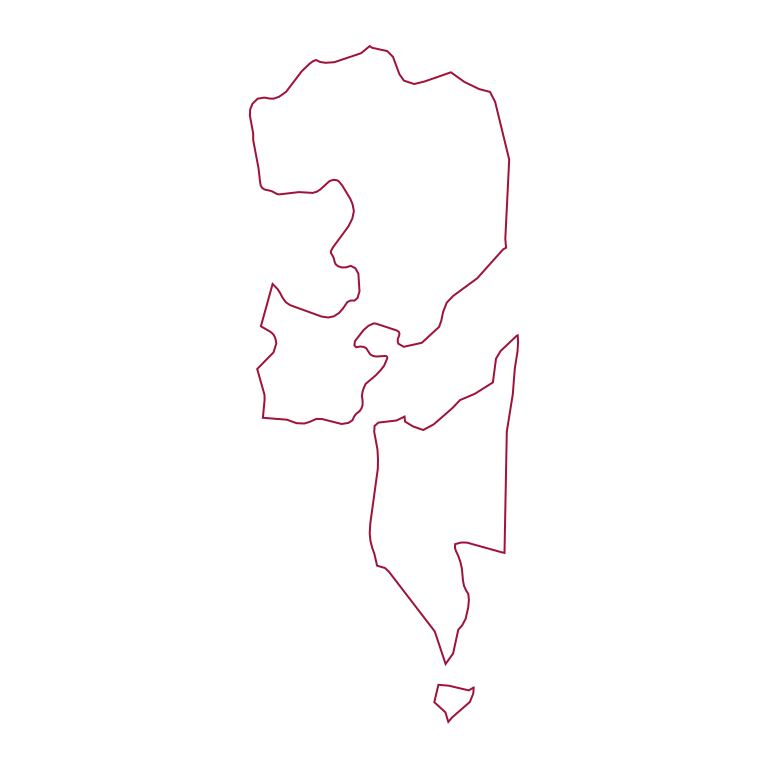 SVG path tracing the border of Fujayrah
{"feature_id": "ARE-341", "entity_name": "Fujayrah", "entity_type": "Emirate", "adm_level": 1, "iso_a3": "ARE", "parent_name": "United Arab Emirates", "parent_adm1": "", "projection": "equal_earth", "projection_center": [56.162, 25.265], "detail": "fine", "context": "isolated", "style": "outline", "palette": "rose", "viewbox_px": 768, "rotation_deg": 0, "n_neighbors": 0, "source": "natural_earth", "source_scale": "10m", "svg_char_len": 2899}
<svg xmlns="http://www.w3.org/2000/svg" viewBox="0 0 768 768"><path d="M439.1,326.9L421.8,342.8L403.8,346.8L398.4,343.7L397.7,341.6L397.8,338.9L398.9,336.2L399.5,333.8L398.8,331.9L396.8,330.5L376.2,323.7L373.6,323.4L368.6,325.7L363.5,330.1L354.9,341.3L354.4,345.4L356.1,347.2L360.5,346.5L363.7,346.9L366.2,348.2L369.5,353.3L370.7,354.7L372.7,355.8L374.7,356.3L377.1,356.5L385.8,355.9L386.5,356.3L387.0,356.8L387.3,357.6L387.1,358.7L384.1,365.7L380.6,370.2L375.9,375.2L365.6,383.9L362.9,390.2L361.9,395.8L362.6,400.6L362.6,405.0L361.4,408.6L359.5,411.2L355.9,414.1L354.2,416.5L352.4,420.3L348.4,422.9L341.6,424.0L322.4,419.1L316.3,418.9L310.1,421.7L304.5,423.5L296.6,423.2L286.9,419.7L262.9,417.8L264.6,399.7L264.5,394.8L257.2,369.0L273.5,352.4L276.3,343.5L275.8,340.2L274.9,337.2L273.6,334.8L271.9,333.0L269.9,331.5L260.9,326.3L272.6,284.0L277.5,289.0L280.0,292.8L282.6,297.8L285.8,302.2L290.0,305.1L321.4,316.5L328.2,317.5L333.9,316.3L339.0,313.0L342.9,308.6L347.4,302.0L350.8,300.5L354.5,300.6L357.5,298.0L359.5,291.4L358.4,273.8L355.4,268.2L350.8,265.9L345.7,267.4L341.4,267.4L338.0,266.2L335.6,264.2L334.6,261.7L334.0,259.0L333.3,257.1L332.4,255.4L331.7,254.3L330.7,252.5L331.2,250.6L333.0,247.3L348.5,226.3L352.3,218.6L353.9,211.1L352.5,204.1L350.4,199.0L342.1,185.3L339.2,181.8L339.0,181.5L338.8,181.3L338.2,180.9L336.3,180.1L333.4,179.9L330.8,180.6L329.5,181.2L328.9,181.6L320.3,189.5L316.8,191.7L312.7,192.9L298.9,192.1L279.3,194.4L277.0,194.0L272.6,191.6L270.8,190.9L264.6,189.5L262.1,187.9L260.7,185.5L260.1,182.1L258.5,168.1L253.2,140.2L253.2,133.5L249.9,115.8L250.2,109.4L252.5,103.7L257.6,98.7L264.3,97.6L269.4,98.5L273.4,98.7L279.0,96.8L286.1,91.8L301.7,71.3L309.5,63.8L313.0,61.2L316.0,60.0L319.9,61.9L325.4,62.8L334.3,62.2L361.1,53.2L369.7,46.1L372.2,47.8L387.3,51.1L393.0,56.9L399.4,74.2L403.9,80.6L414.0,84.0L424.2,81.6L450.9,72.3L464.5,82.0L479.2,89.1L490.0,91.9L495.1,101.8L509.2,159.6L505.3,239.0L506.1,247.7L503.1,249.4L477.2,278.3L453.3,295.8L446.7,302.7L443.1,312.0L441.3,320.6L439.1,326.9ZM423.2,430.0L433.7,424.4L452.7,407.8L460.0,400.1L475.0,393.7L492.9,382.4L496.0,358.7L500.6,351.0L516.9,335.6L517.7,335.3L518.1,342.0L517.5,351.7L514.8,368.5L512.8,394.2L506.8,431.6L504.5,552.9L501.0,552.1L466.9,542.6L461.3,542.5L455.2,544.1L454.9,547.8L456.0,551.1L458.2,555.7L460.3,561.7L461.9,568.6L463.0,580.9L464.1,586.1L466.2,590.6L468.3,594.0L468.9,599.8L468.2,607.5L465.6,618.9L462.1,625.5L458.3,629.6L453.1,653.5L445.6,664.0L434.8,631.5L388.9,571.7L385.0,568.0L377.1,565.7L374.3,553.6L372.3,548.1L370.5,541.2L369.7,533.6L370.3,523.4L377.8,468.9L378.0,459.4L377.5,449.7L374.2,431.8L374.6,425.9L378.4,422.6L396.5,420.5L404.5,416.6L405.1,421.6L413.0,426.4L423.2,430.0ZM473.7,687.5L473.3,693.4L469.9,701.9L451.9,717.6L448.3,721.9L448.2,721.6L445.4,712.3L434.3,702.2L438.4,684.8L448.9,685.7L468.8,690.4L473.6,687.5L473.7,687.5Z" fill="none" stroke="#9f1239" stroke-width="2"/></svg>